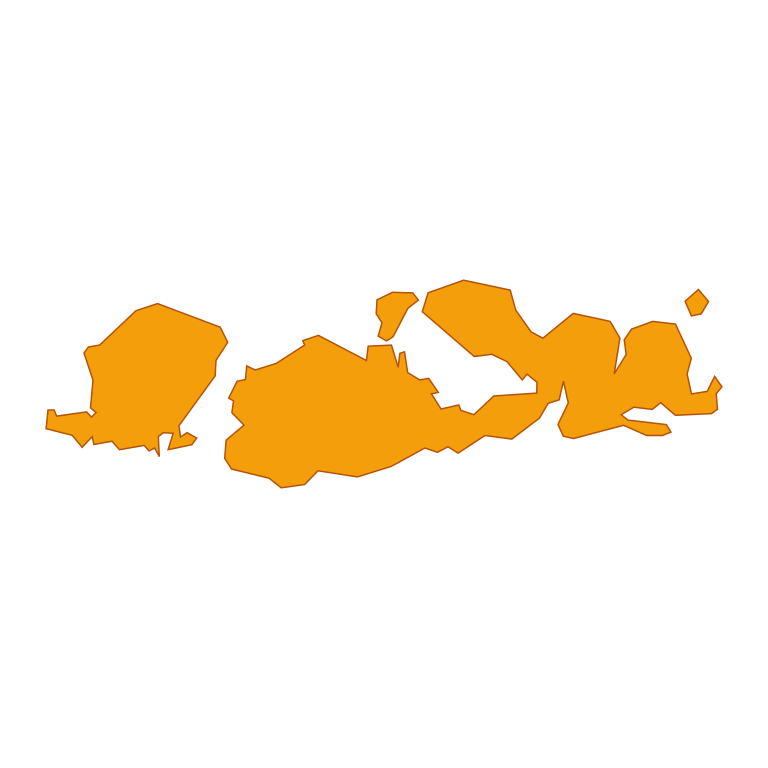 Nusa Tenggara Barat, Mercator projection
{"feature_id": "IDN-555", "entity_name": "Nusa Tenggara Barat", "entity_type": "Province", "adm_level": 1, "iso_a3": "IDN", "parent_name": "Indonesia", "parent_adm1": "", "projection": "mercator", "projection_center": [117.655, -8.595], "detail": "medium", "context": "isolated", "style": "filled", "palette": "amber", "viewbox_px": 768, "rotation_deg": 0, "n_neighbors": 0, "source": "natural_earth", "source_scale": "10m", "svg_char_len": 1919}
<svg xmlns="http://www.w3.org/2000/svg" viewBox="0 0 768 768"><path d="M721.9,386.8L716.2,393.8L717.5,409.2L711.5,413.6L675.4,415.3L660.6,402.6L652.3,409.4L633.8,407.2L621.2,414.7L628.0,420.1L666.3,424.6L670.9,432.1L662.5,435.5L646.7,435.5L623.6,425.3L573.5,438.5L563.3,436.2L558.0,424.4L568.3,402.9L563.4,381.2L559.2,399.8L548.2,403.3L539.4,418.2L511.8,439.1L485.0,435.5L458.1,453.1L447.9,446.8L437.5,452.3L424.9,448.0L391.4,466.3L357.4,476.9L317.9,470.8L304.7,484.5L281.2,487.8L269.1,478.2L231.6,469.1L224.7,458.4L226.1,440.2L244.0,425.1L231.9,412.7L233.5,400.9L228.7,398.1L237.1,381.3L245.5,379.5L246.7,365.9L255.1,370.0L276.1,363.5L304.6,345.1L302.9,340.6L318.4,335.4L366.4,360.5L368.2,346.2L391.4,345.1L398.2,367.3L399.8,353.4L404.5,351.8L407.7,372.6L419.6,379.9L428.7,378.4L438.3,392.4L431.4,393.8L441.0,409.0L458.8,405.0L460.9,410.4L473.9,414.7L493.8,396.0L536.7,393.1L537.0,382.2L527.0,374.2L522.2,379.9L507.0,361.6L491.7,354.3L474.2,356.5L422.3,311.7L428.1,292.8L463.6,280.2L510.2,290.1L515.7,310.0L531.1,331.9L542.9,338.2L573.2,313.4L610.2,321.4L619.9,338.2L614.2,373.9L626.2,354.5L624.2,339.9L631.6,329.1L652.7,321.4L675.5,324.1L691.3,358.3L687.1,374.0L691.5,393.9L707.2,391.4L714.6,376.4L721.9,386.8ZM157.5,303.6L220.2,327.2L227.7,342.3L216.0,360.4L215.2,375.8L178.9,425.8L180.6,437.1L187.0,432.6L196.7,438.1L191.9,444.7L168.1,449.7L173.2,433.3L163.4,432.7L158.3,436.5L159.3,456.6L154.6,448.0L149.0,450.9L144.2,445.4L119.5,449.7L112.0,441.2L93.9,444.5L92.2,436.6L82.2,447.3L72.2,435.3L46.1,428.7L48.0,410.0L54.1,410.0L56.7,416.1L86.6,411.9L91.6,417.1L96.0,412.5L90.5,407.8L93.0,380.1L84.0,353.1L88.4,347.0L99.6,345.1L135.9,310.8L157.5,303.6ZM412.7,292.9L418.4,300.1L407.9,308.3L393.1,336.7L386.5,340.9L378.2,336.1L382.0,322.8L376.2,313.7L377.0,299.9L392.4,292.3L412.7,292.9ZM698.4,289.5L708.6,301.5L701.2,313.9L691.4,315.9L685.1,301.3L698.4,289.5Z" fill="#f59e0b" stroke="#b45309" stroke-width="1.5"/></svg>